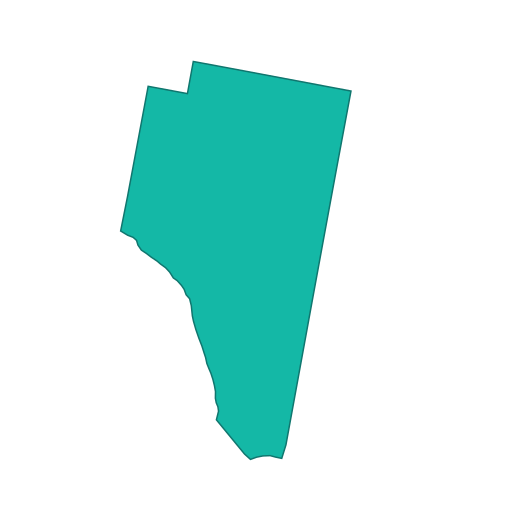 outline of Vicentina, Mato Grosso do Sul, Brazil, rotated 348°
{"feature_id": "56859067B52074491816851", "entity_name": "Vicentina", "entity_type": "district", "adm_level": 2, "iso_a3": "BRA", "parent_name": "Brazil", "parent_adm1": "Mato Grosso do Sul", "projection": "mercator", "projection_center": [-54.461, -22.488], "detail": "fine", "context": "isolated", "style": "filled", "palette": "teal", "viewbox_px": 512, "rotation_deg": 348, "n_neighbors": 0, "source": "geoboundaries", "source_scale": "gbopen_adm2", "svg_char_len": 839}
<svg xmlns="http://www.w3.org/2000/svg" viewBox="0 0 512 512"><g transform="rotate(348 256 256)"><path d="M208.3,453.8L214.8,452.9L221.2,453.0L228.3,454.2L233.4,456.8L239.1,459.3L246.0,447.0L290.6,338.5L303.0,308.3L327.6,248.6L352.1,189.3L383.2,114.4L260.0,63.0L235.1,52.7L222.7,82.9L185.8,67.6L142.5,171.6L128.8,203.4L134.8,209.0L139.7,212.2L142.4,215.9L142.8,220.8L145.1,226.4L149.2,230.6L153.5,235.6L158.1,240.3L161.1,244.2L165.1,248.6L168.2,253.8L170.6,260.3L173.8,263.7L177.0,269.3L178.8,273.7L179.6,279.4L182.2,284.0L182.4,291.1L181.3,301.3L181.3,306.9L181.9,315.4L183.0,324.3L184.4,332.9L185.1,340.3L185.6,344.9L185.6,350.9L186.6,356.7L187.5,361.2L188.2,367.7L188.4,374.2L188.2,380.2L186.7,386.7L186.6,391.3L187.4,395.5L187.1,400.0L183.2,408.0L203.6,447.3L208.3,453.8Z" fill="#14b8a6" stroke="#0f766e" stroke-width="1.5"/></g></svg>